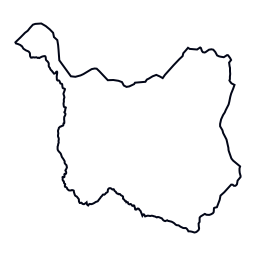 Oporapa, Huila, Colombia
{"feature_id": "7082276B53955243236004", "entity_name": "Oporapa", "entity_type": "district", "adm_level": 2, "iso_a3": "COL", "parent_name": "Colombia", "parent_adm1": "Huila", "projection": "equal_earth", "projection_center": [-76.08, 2.065], "detail": "fine", "context": "isolated", "style": "outline", "palette": "ink", "viewbox_px": 256, "rotation_deg": 0, "n_neighbors": 0, "source": "geoboundaries", "source_scale": "gbopen_adm2", "svg_char_len": 5677}
<svg xmlns="http://www.w3.org/2000/svg" viewBox="0 0 256 256"><path d="M240.1,166.4L233.1,160.6L231.4,158.5L228.8,151.1L228.5,149.8L228.4,147.9L226.5,139.5L223.2,133.1L222.4,130.2L220.1,126.3L220.1,123.9L221.1,119.4L223.1,115.0L224.8,112.4L225.7,110.2L228.6,104.5L229.3,101.7L230.3,96.7L231.2,93.5L233.2,88.6L234.5,84.9L231.4,83.3L229.9,81.3L229.4,80.4L229.9,79.2L229.9,76.7L230.2,74.0L230.0,71.1L230.0,67.9L229.6,66.3L229.1,62.6L230.2,61.2L231.1,60.0L230.2,58.2L228.1,55.3L227.1,55.1L223.8,57.2L220.6,56.7L219.0,56.3L217.1,55.4L215.3,52.0L213.3,49.7L211.4,49.3L209.0,49.7L205.6,52.1L204.7,52.5L202.9,52.2L201.9,50.9L200.9,48.0L200.1,47.5L197.1,49.5L189.7,48.9L188.0,47.8L185.8,50.4L183.3,53.2L182.6,56.1L179.5,59.0L173.6,65.2L165.0,74.8L162.7,78.1L159.7,76.4L156.3,74.9L152.6,76.3L149.0,78.5L146.8,79.6L145.4,81.8L135.0,82.7L134.1,84.1L131.4,85.4L129.3,86.4L126.5,86.9L123.8,85.5L122.0,82.1L118.5,80.8L113.3,80.0L107.8,80.2L99.5,71.4L96.7,68.7L94.7,68.5L91.7,69.1L83.4,74.1L80.6,75.4L75.4,76.8L70.9,76.3L59.3,60.3L58.5,49.4L58.1,45.0L57.3,40.1L54.0,37.1L53.1,32.8L49.8,29.4L45.8,26.1L41.3,23.5L35.3,23.9L32.9,24.7L29.9,28.0L27.7,30.8L25.0,32.8L20.8,37.1L15.4,42.3L15.9,43.4L17.9,44.0L20.5,45.1L21.4,46.0L21.8,46.1L22.5,47.1L23.2,48.4L23.7,48.9L26.0,50.4L28.2,51.3L28.8,51.7L29.6,52.7L29.9,53.4L30.1,56.1L30.6,57.1L31.1,57.7L31.4,57.7L32.3,57.4L32.5,57.5L32.8,57.3L33.7,57.3L34.3,57.5L36.6,57.3L37.2,57.7L37.6,57.9L38.1,58.0L38.6,57.7L39.1,57.8L39.5,58.0L40.2,57.5L41.8,56.7L43.1,56.3L44.6,56.1L45.3,56.3L45.5,56.7L45.7,57.3L45.9,59.6L46.2,60.2L47.8,61.7L48.6,63.0L48.8,64.0L48.7,65.6L48.9,66.7L49.8,67.8L50.3,69.1L51.1,70.2L52.0,71.0L52.4,71.7L52.8,72.0L53.9,73.6L54.6,73.6L55.7,72.9L55.9,72.7L56.1,72.0L56.5,71.7L56.9,71.6L57.1,71.8L57.2,72.3L57.2,73.0L56.7,76.6L56.9,79.7L57.2,80.1L57.6,80.5L58.6,80.4L59.1,80.6L59.5,81.1L59.9,82.0L60.2,83.0L60.5,83.5L61.7,83.8L62.1,84.1L62.2,84.5L62.4,86.5L62.7,87.9L63.2,88.3L64.5,88.7L64.9,89.0L64.9,89.4L64.8,89.9L63.5,93.5L63.5,94.2L64.2,96.3L64.4,97.6L64.1,98.3L63.8,99.7L63.9,101.6L63.5,103.7L63.8,106.2L64.0,106.7L64.4,107.2L65.5,107.3L65.8,107.5L65.5,108.8L65.3,109.1L65.1,111.0L64.7,111.5L64.4,112.1L64.4,112.4L65.3,113.4L65.4,113.8L65.4,114.6L65.0,115.7L64.4,116.6L64.2,117.1L64.2,118.1L64.1,119.2L64.3,121.1L64.3,122.8L64.2,123.2L64.1,123.3L63.6,123.3L63.5,123.5L63.3,125.2L63.0,125.6L62.6,125.8L61.9,125.9L61.2,126.4L60.4,126.5L58.9,127.8L58.7,128.8L58.1,130.3L58.0,131.1L58.3,133.4L58.0,135.3L58.0,136.0L58.1,136.7L58.7,138.1L58.8,139.5L58.5,141.0L58.7,142.7L58.2,144.0L58.0,145.4L57.6,146.6L57.6,147.2L57.6,149.0L57.7,149.7L58.2,150.7L59.2,151.9L60.1,152.8L60.8,153.8L61.0,154.3L61.9,157.0L63.0,158.5L64.0,160.1L64.6,161.2L64.7,161.7L64.6,162.7L64.8,163.2L65.4,164.1L66.4,165.1L66.6,165.7L66.9,167.5L66.3,168.9L65.6,170.0L65.4,170.5L65.5,170.8L65.9,171.2L66.1,171.8L66.2,172.4L66.2,173.1L65.9,173.7L65.6,174.0L65.4,174.1L64.6,173.9L64.5,174.1L64.3,174.6L64.5,175.5L64.4,176.9L64.2,177.1L62.8,176.9L62.6,177.0L62.5,177.3L62.7,178.2L62.6,179.6L62.8,180.3L63.0,180.7L63.8,181.3L63.9,181.7L64.0,182.9L64.6,183.7L65.1,184.0L65.2,184.4L64.8,185.9L64.9,186.4L65.1,186.8L65.6,186.9L66.4,187.4L66.8,187.7L67.4,189.1L68.3,189.9L69.0,190.4L70.1,190.5L71.5,190.3L71.7,190.1L72.4,190.1L73.1,190.3L73.7,190.6L73.8,190.8L73.9,192.0L74.6,194.3L74.9,195.1L75.1,195.4L75.5,195.9L76.5,196.4L76.9,196.7L78.7,199.0L78.9,199.8L78.9,201.0L79.1,201.8L79.6,202.7L79.8,203.0L80.2,203.0L81.3,202.7L81.8,203.0L82.4,203.8L83.3,204.1L84.1,204.1L84.7,203.8L85.5,203.2L86.2,202.8L86.6,202.4L87.0,204.4L87.8,205.3L88.2,205.5L89.1,204.2L89.5,204.0L89.8,203.9L91.1,204.2L92.6,203.8L94.2,203.0L95.7,202.0L97.7,201.3L98.2,200.7L98.7,199.9L100.1,198.2L100.9,197.0L102.0,195.9L102.8,194.7L103.2,194.5L104.2,194.7L104.4,194.6L105.1,194.1L106.2,192.8L107.1,192.4L107.5,192.1L107.8,191.4L107.8,190.5L108.0,189.5L108.3,189.0L108.7,188.6L109.3,188.2L109.8,188.3L110.5,188.2L111.3,188.6L112.4,189.5L113.5,189.2L113.9,189.4L114.4,190.6L114.8,191.1L115.8,191.8L116.3,192.8L116.9,193.4L117.9,193.6L118.2,194.1L118.4,194.2L119.3,194.0L119.9,194.1L120.2,194.3L120.4,194.7L120.6,195.0L121.7,195.6L122.9,196.4L123.0,196.6L123.1,197.4L123.0,198.6L123.1,198.8L124.2,199.6L124.9,200.8L125.2,201.0L126.1,201.3L126.2,201.7L126.3,202.3L127.3,202.2L127.7,202.2L128.4,203.8L128.7,204.0L129.3,204.3L129.8,204.3L130.5,204.0L131.0,204.2L131.5,204.7L131.8,205.2L132.3,205.8L132.9,205.9L133.5,205.4L133.9,205.4L134.2,205.7L134.4,206.0L134.6,207.1L135.0,208.0L135.1,209.2L135.3,209.5L135.6,209.6L136.6,209.5L136.8,209.3L137.1,208.8L137.5,208.6L137.9,208.5L138.8,208.8L138.9,209.0L139.3,209.7L140.5,210.9L141.3,212.9L142.4,215.8L143.3,214.4L143.7,214.3L144.2,214.6L144.5,215.1L144.8,215.9L145.1,216.4L147.6,215.7L148.3,215.7L150.2,216.0L151.9,215.7L153.5,216.1L154.1,216.4L154.7,216.4L156.9,217.4L157.7,217.0L158.7,217.1L161.9,218.4L163.0,219.9L163.7,220.5L164.5,220.9L165.2,221.1L167.2,220.3L168.1,220.9L169.2,221.1L171.6,221.7L173.1,222.5L174.3,223.3L175.6,224.6L176.8,225.2L178.3,225.3L179.2,225.7L180.0,226.4L180.9,226.9L183.2,228.0L184.4,228.1L185.2,228.0L186.1,228.2L186.9,228.9L187.7,230.0L188.4,231.3L189.7,231.3L191.9,231.7L194.4,232.5L195.8,232.2L196.6,231.8L198.0,230.6L198.8,229.7L199.1,228.2L198.8,226.6L198.6,223.5L199.5,222.1L199.6,221.4L199.6,218.8L199.7,217.5L200.7,216.4L204.8,213.9L205.4,214.1L206.2,214.7L207.0,214.8L209.3,214.9L211.0,214.3L212.8,213.3L213.6,212.3L213.8,211.0L213.9,209.0L214.0,208.1L214.7,207.7L216.9,207.2L219.7,199.8L220.5,195.6L224.3,192.2L231.2,184.6L232.7,184.7L233.9,185.8L235.3,185.8L236.3,185.1L237.0,184.1L237.6,180.6L240.5,177.1L240.6,176.0L239.7,172.8L239.5,170.8L239.5,168.5L240.1,166.4Z" fill="none" stroke="#020617" stroke-width="2"/></svg>